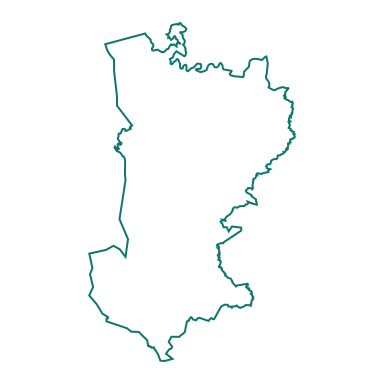 outline of General Heliodoro Castillo, Guerrero, Mexico
{"feature_id": "50627088B85707069751061", "entity_name": "General Heliodoro Castillo", "entity_type": "district", "adm_level": 2, "iso_a3": "MEX", "parent_name": "Mexico", "parent_adm1": "Guerrero", "projection": "orthographic", "projection_center": [-99.963, 17.72], "detail": "fine", "context": "isolated", "style": "outline", "palette": "teal", "viewbox_px": 384, "rotation_deg": 0, "n_neighbors": 0, "source": "geoboundaries", "source_scale": "gbopen_adm2", "svg_char_len": 5947}
<svg xmlns="http://www.w3.org/2000/svg" viewBox="0 0 384 384"><path d="M145.2,33.5L105.2,44.2L107.4,50.7L110.1,55.0L114.0,59.5L114.1,71.2L117.0,96.6L117.0,105.7L132.1,125.5L129.9,127.1L129.9,127.6L130.7,127.7L130.7,128.7L126.8,130.7L125.4,130.9L125.1,129.4L123.8,128.8L122.4,129.1L120.7,133.5L119.1,133.4L118.5,134.1L118.6,136.4L117.7,138.3L119.6,141.9L121.3,142.7L121.4,144.0L120.1,144.9L119.3,144.3L119.1,143.4L117.9,143.8L117.5,146.0L118.8,148.9L118.0,149.2L117.2,148.0L115.7,148.0L115.0,146.6L114.5,147.5L116.7,150.9L119.7,152.3L121.1,153.7L122.6,156.3L123.6,156.4L124.5,158.0L125.1,160.3L125.0,174.4L125.5,180.3L119.5,219.2L128.0,239.2L125.5,256.9L119.7,249.2L113.4,245.8L106.0,249.9L89.3,253.6L92.4,268.2L90.0,274.2L93.1,287.0L89.2,295.5L96.7,304.2L102.5,313.8L107.9,317.0L107.8,318.3L106.6,318.6L106.5,321.4L126.8,328.2L131.3,331.7L138.7,331.9L147.2,340.3L148.2,346.1L149.2,346.5L149.6,346.1L150.1,346.7L151.7,347.2L151.9,347.8L154.0,347.5L154.1,348.7L155.0,349.7L155.3,349.5L156.0,349.6L155.1,349.8L157.9,354.1L160.4,360.7L164.7,361.0L172.5,358.9L166.0,353.8L169.1,349.4L170.8,348.8L171.9,347.6L171.9,346.2L168.7,341.9L171.3,336.8L179.5,336.8L180.6,335.4L183.1,333.7L184.8,332.0L186.9,321.5L187.7,321.5L188.1,320.7L189.1,320.5L189.3,319.1L191.0,317.2L191.6,317.4L192.8,319.4L196.2,320.3L197.6,318.4L199.4,317.8L208.4,320.9L210.9,318.2L211.5,318.1L212.7,319.1L214.1,319.2L220.7,307.2L222.2,305.8L224.7,304.7L227.7,304.8L228.4,306.6L230.6,306.5L231.8,307.7L232.3,306.5L235.2,306.4L236.9,305.5L237.5,306.4L240.0,307.9L244.0,306.5L245.5,305.1L249.2,305.2L250.8,305.8L250.9,302.8L251.0,303.9L251.3,303.9L251.6,300.6L252.4,299.9L252.6,298.0L253.2,298.5L253.4,297.1L250.9,293.9L251.9,293.5L251.4,292.5L251.7,291.7L250.5,290.6L249.6,290.5L248.6,289.4L249.2,288.6L248.8,288.2L247.9,288.5L246.1,287.1L246.7,285.9L247.8,285.6L247.9,284.3L247.5,283.8L237.0,285.5L236.1,286.5L232.3,282.3L232.4,281.5L230.7,278.6L227.5,277.6L227.1,276.7L225.0,275.4L225.4,274.6L224.7,273.6L225.1,273.4L222.2,270.4L221.7,269.3L222.0,268.5L220.9,267.3L220.2,267.5L219.9,266.6L218.9,266.8L218.8,266.5L220.1,264.4L220.9,261.5L219.8,260.6L219.6,259.5L218.5,259.6L219.0,258.6L218.7,257.7L219.5,257.3L218.3,256.0L219.3,255.8L219.5,255.2L218.2,255.0L218.1,254.5L219.8,252.9L219.0,251.8L219.4,251.0L218.9,249.4L217.9,248.3L219.0,247.8L218.9,246.7L217.9,245.4L217.2,246.0L217.2,244.6L220.8,243.2L223.3,243.2L223.5,242.4L241.2,230.6L241.2,227.6L231.9,226.5L228.7,231.4L226.8,227.2L223.6,227.3L222.1,223.1L221.3,222.9L220.6,221.5L222.4,220.2L223.4,220.4L222.6,219.7L225.1,220.0L224.7,219.4L226.7,216.5L229.0,215.1L231.6,212.6L232.1,210.9L232.8,210.4L232.8,208.7L234.3,207.3L237.6,207.6L239.6,206.2L244.3,206.0L245.9,204.4L246.9,204.4L247.7,203.8L248.4,202.9L247.7,201.6L249.3,202.1L250.7,203.2L251.9,203.0L252.3,203.5L256.8,204.7L256.7,202.7L255.9,200.9L256.0,199.5L251.4,196.0L251.4,195.0L246.6,192.4L245.8,191.1L246.4,189.8L247.5,189.4L248.1,188.0L251.6,188.3L252.1,189.3L252.9,188.3L252.5,184.7L253.1,183.1L252.9,181.6L253.6,180.4L253.1,179.7L254.0,178.6L255.3,178.1L256.4,175.9L256.2,174.7L256.9,173.9L257.2,174.2L257.1,173.5L258.7,173.3L261.3,174.1L263.2,173.0L268.3,172.1L268.1,170.6L270.2,169.2L267.0,168.3L266.9,167.3L266.0,166.5L267.0,164.8L268.3,164.2L269.8,164.3L270.8,162.9L271.0,161.1L272.1,160.0L274.8,158.8L276.0,159.1L276.8,158.8L277.4,157.9L277.8,155.4L280.2,155.3L280.8,154.5L283.1,153.7L283.7,152.7L283.5,152.1L284.8,152.3L285.7,150.3L286.4,150.3L287.4,149.4L286.5,149.2L286.5,148.3L287.5,148.2L288.1,146.7L288.1,143.5L289.7,143.6L289.6,142.1L290.5,141.9L290.0,141.0L290.5,139.2L292.1,139.3L293.2,138.0L294.3,137.9L294.8,136.7L294.2,134.9L294.5,134.4L293.9,134.4L293.9,133.5L293.3,133.4L293.8,131.9L291.9,131.3L291.8,130.5L290.4,130.2L290.5,128.7L288.7,127.9L289.9,125.3L288.7,122.3L289.7,122.4L290.4,121.4L288.8,121.2L289.0,118.9L289.7,118.4L289.3,117.4L289.9,116.9L289.9,115.7L290.5,115.6L291.1,116.4L291.3,114.7L292.2,114.0L291.7,112.9L292.4,112.4L292.5,110.0L293.0,109.2L292.5,107.5L291.6,107.3L292.5,105.5L292.1,104.5L292.8,103.7L292.3,101.8L291.7,102.2L290.3,101.7L287.7,99.9L286.4,99.7L285.7,99.1L285.7,98.1L285.1,98.6L284.4,98.3L284.4,97.3L284.9,97.1L284.2,95.8L285.0,95.7L284.8,94.7L285.3,94.6L285.3,91.9L287.8,89.3L288.3,88.4L288.0,88.0L286.7,88.3L282.6,87.1L278.1,88.4L275.1,90.0L273.1,89.9L268.6,87.5L269.2,86.2L269.4,83.7L268.3,81.2L266.1,78.3L265.9,76.4L266.7,73.8L267.8,63.4L266.4,56.5L265.2,56.9L262.5,59.5L261.4,60.0L258.5,59.1L255.2,58.8L252.6,59.2L250.6,60.1L250.0,60.7L249.4,62.5L249.0,66.6L243.9,71.9L243.8,75.8L243.2,77.0L234.8,76.3L230.5,75.2L229.7,73.9L231.5,71.5L231.5,70.8L223.5,69.4L222.9,68.6L222.5,65.4L220.8,63.1L219.7,63.4L218.2,66.4L216.2,67.5L214.4,66.9L213.2,64.5L212.2,63.8L209.8,64.1L207.9,65.9L206.5,70.1L203.0,71.6L200.1,72.0L196.0,70.1L196.1,69.4L196.7,68.9L200.4,68.8L201.2,66.8L201.2,65.0L200.4,63.9L197.2,63.6L193.9,67.4L191.1,68.3L188.1,71.1L187.4,71.2L186.4,70.0L186.5,66.1L186.0,64.9L185.3,64.7L183.4,65.9L182.6,68.5L181.1,68.7L180.1,67.6L180.0,63.7L178.1,59.4L176.7,59.2L175.6,60.9L174.3,61.6L171.9,64.3L170.5,63.7L170.8,61.7L169.9,58.9L172.8,57.5L174.0,54.1L176.4,51.3L184.3,56.2L185.1,55.8L185.7,54.6L186.0,53.6L185.9,51.3L185.4,50.7L185.6,48.4L184.9,47.6L184.4,45.9L183.0,44.7L184.6,43.0L184.7,40.6L183.0,37.9L182.5,34.5L180.3,32.7L180.5,32.1L182.0,32.4L185.2,31.2L186.4,29.0L185.2,27.4L181.6,25.0L181.0,23.6L180.0,23.0L178.9,24.5L178.2,24.6L177.9,23.9L177.2,24.4L176.2,24.1L171.8,25.1L171.0,26.1L170.7,28.7L169.9,29.4L169.9,31.9L168.6,33.9L166.6,34.4L168.9,36.5L169.1,37.0L168.4,37.3L168.2,38.0L169.7,37.8L171.1,39.9L172.8,38.7L174.3,36.1L175.0,36.3L175.7,37.4L175.7,38.7L177.5,39.7L177.9,41.6L180.8,44.0L177.7,42.6L176.8,43.5L176.6,46.5L173.9,44.4L172.7,44.9L171.4,44.5L171.3,45.0L170.6,44.9L169.9,45.7L168.3,48.8L167.0,49.1L163.9,52.0L161.5,52.0L157.5,49.6L153.3,50.6L152.2,50.3L151.9,48.6L153.3,46.3L153.2,44.4L150.9,42.1L150.6,39.6L146.5,35.8L145.2,33.5Z" fill="none" stroke="#0f766e" stroke-width="2"/></svg>